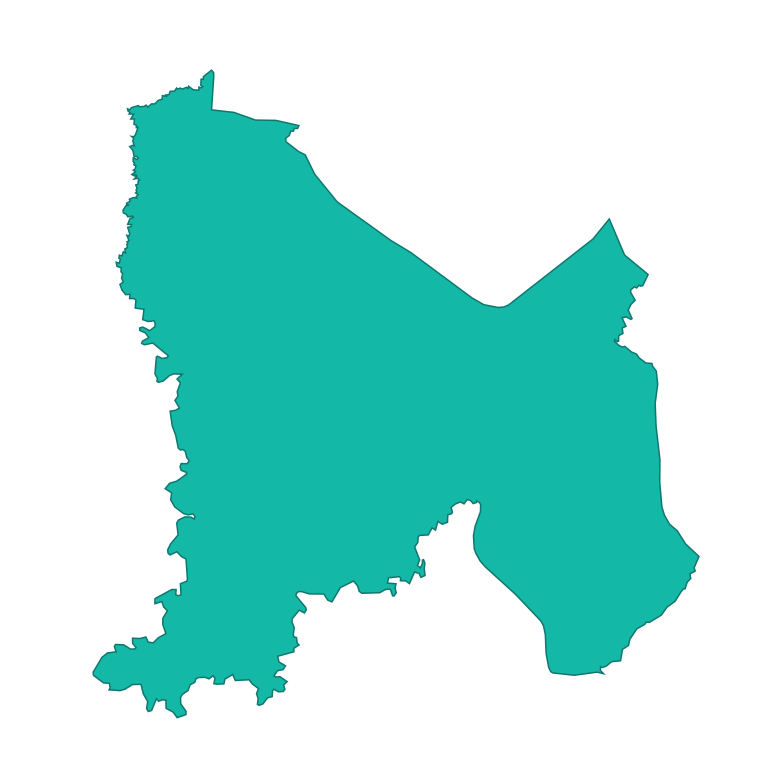 outline of Nam Kliang, Si Sa Ket, Thailand, rotated 177°
{"feature_id": "78962969B29534928610541", "entity_name": "Nam Kliang", "entity_type": "district", "adm_level": 2, "iso_a3": "THA", "parent_name": "Thailand", "parent_adm1": "Si Sa Ket", "projection": "mercator", "projection_center": [104.559, 14.911], "detail": "fine", "context": "isolated", "style": "filled", "palette": "teal", "viewbox_px": 768, "rotation_deg": 177, "n_neighbors": 0, "source": "geoboundaries", "source_scale": "gbopen_adm2", "svg_char_len": 6093}
<svg xmlns="http://www.w3.org/2000/svg" viewBox="0 0 768 768"><g transform="rotate(177 384 384)"><path d="M644.5,515.4L640.3,513.8L640.8,509.8L639.2,507.8L640.5,503.4L639.1,499.4L642.5,497.3L640.8,491.6L637.3,486.7L633.1,486.9L633.6,482.6L629.5,482.5L627.3,480.7L628.5,472.9L619.8,471.1L621.6,460.9L616.2,458.7L610.5,459.2L609.4,457.0L609.7,453.4L615.1,449.5L622.0,453.5L625.1,452.7L625.1,450.2L619.8,447.7L616.4,442.7L623.0,439.4L623.9,437.2L621.1,435.7L612.7,437.0L597.9,423.4L599.5,421.5L604.3,421.2L608.8,423.6L609.9,423.0L612.2,406.1L610.0,401.4L610.6,398.4L609.0,397.5L604.1,398.6L597.6,403.8L593.3,405.1L585.0,404.3L590.5,399.7L587.3,395.9L590.9,387.0L590.4,382.6L593.6,378.6L589.6,370.7L593.7,368.6L599.0,368.1L597.7,353.5L594.7,343.7L592.8,330.7L590.9,328.8L588.0,329.0L586.0,327.2L584.8,320.9L582.6,317.5L584.8,314.7L590.7,315.2L592.0,311.9L591.1,308.4L585.9,306.1L585.8,304.4L596.1,297.8L603.3,296.1L608.0,290.9L601.8,286.4L603.1,279.5L599.4,272.2L590.8,265.0L586.4,263.5L581.7,264.3L579.6,261.5L580.6,259.1L583.8,261.2L590.0,261.7L596.5,258.8L598.3,255.8L597.5,244.1L605.5,235.5L608.7,229.7L608.5,226.3L606.7,224.5L599.6,227.3L595.2,222.2L590.9,219.6L590.5,199.3L591.4,197.3L597.8,195.2L597.8,184.1L600.5,183.3L603.0,184.4L602.4,189.6L606.6,189.9L623.9,181.7L624.3,176.6L617.2,178.3L615.8,173.0L612.2,168.8L617.1,161.7L617.5,155.5L614.9,146.1L622.5,142.5L628.1,137.6L633.0,138.6L635.0,143.8L641.2,142.6L648.4,143.3L648.6,138.0L645.4,133.7L646.4,132.5L650.9,132.5L657.7,137.2L665.8,137.9L667.0,135.8L665.5,130.6L674.3,129.9L680.0,125.7L689.5,111.5L689.4,108.3L679.7,100.2L673.9,99.5L673.4,95.0L674.6,93.0L663.6,91.6L658.6,92.8L651.0,97.0L642.4,96.8L640.6,87.3L636.6,79.3L638.1,72.4L636.5,69.3L633.2,70.1L627.7,81.5L625.6,79.0L621.5,80.3L618.3,79.5L618.6,71.5L611.7,67.3L608.0,61.6L599.1,64.2L598.8,67.5L603.7,75.3L603.6,81.6L601.6,84.5L595.7,88.2L593.3,93.8L588.7,95.9L587.1,99.5L584.4,100.6L578.0,100.4L574.2,98.7L570.0,101.6L568.2,98.9L569.6,93.6L566.6,93.0L559.6,92.9L558.3,97.6L550.3,101.8L548.0,95.7L534.2,95.7L531.1,91.2L525.3,86.4L527.5,81.4L526.1,76.4L527.2,70.8L525.7,69.6L521.6,70.9L516.8,76.6L512.0,77.7L511.4,83.4L510.0,85.0L505.5,82.1L500.8,82.2L498.9,84.2L500.0,88.5L496.3,91.9L503.3,97.2L507.1,97.0L509.2,98.3L505.2,103.3L499.8,104.0L497.1,107.7L503.5,112.0L504.4,117.7L488.0,121.3L487.8,124.8L482.5,127.8L484.2,129.9L484.7,135.4L487.1,136.1L487.7,138.3L486.4,145.1L488.3,150.9L488.0,154.3L480.5,162.6L475.5,159.5L473.5,162.3L473.8,164.7L483.1,177.3L482.3,179.6L480.3,181.1L477.2,181.0L469.5,178.3L455.0,177.4L451.6,171.2L447.4,169.1L438.2,183.0L424.7,188.8L420.9,183.7L419.6,178.2L417.1,176.2L399.2,175.8L393.6,178.6L389.5,179.1L388.1,177.9L386.5,172.0L385.2,171.8L382.7,174.7L383.6,179.5L382.5,183.9L390.9,185.0L389.6,190.2L378.7,190.8L377.5,189.2L377.9,186.6L372.6,186.3L369.1,183.3L363.3,194.6L358.9,193.0L357.3,188.9L353.0,190.6L353.5,197.7L352.5,202.6L353.7,206.5L354.8,206.2L355.2,202.3L357.4,198.4L360.1,201.1L357.6,206.4L361.9,219.6L358.5,224.1L357.9,229.7L356.2,230.9L347.7,231.0L343.6,237.7L340.2,235.4L337.4,243.9L333.1,240.9L327.8,242.6L327.2,249.9L323.2,251.0L322.3,252.4L323.5,257.2L319.1,260.4L313.8,262.2L310.4,260.1L306.9,264.3L303.6,263.0L301.2,259.9L298.1,260.8L297.9,262.5L294.7,260.5L293.8,258.3L294.4,251.3L300.4,237.3L302.6,227.9L302.5,214.7L300.9,209.6L297.0,201.8L292.3,196.0L263.7,167.1L239.8,139.2L237.4,134.3L236.0,125.2L236.2,106.5L234.4,92.4L232.6,88.1L230.5,86.6L209.2,83.2L186.2,85.1L179.9,83.2L182.9,86.7L182.6,90.3L180.9,89.4L176.9,90.6L171.2,94.8L162.3,95.2L159.7,106.6L153.5,110.1L151.8,116.3L144.4,126.2L136.0,130.4L134.6,132.4L131.4,132.1L119.0,138.8L113.0,146.4L104.6,151.8L98.3,160.9L95.6,163.8L94.1,163.7L91.6,170.2L87.9,173.7L88.4,178.3L83.0,180.9L83.9,184.2L78.5,195.3L91.2,208.5L98.8,222.0L106.3,229.2L110.7,238.0L112.9,246.4L113.8,271.4L112.4,294.0L114.5,327.5L114.2,350.5L110.7,369.4L111.4,382.6L115.0,388.0L115.3,390.5L121.3,391.2L127.7,396.6L130.3,400.7L135.2,403.0L141.6,409.0L144.0,408.4L147.4,410.2L151.7,414.6L151.0,416.4L149.0,414.2L147.5,414.5L147.1,420.0L142.7,422.0L143.2,427.5L139.3,428.9L142.8,437.7L138.4,438.3L134.1,435.6L132.9,436.3L136.2,445.1L133.4,450.3L128.8,454.5L132.9,462.6L132.7,464.9L128.9,468.0L126.7,466.7L124.1,469.3L122.4,468.2L120.4,468.7L114.5,479.5L137.0,500.2L150.4,537.0L167.8,517.8L255.3,456.5L260.4,454.6L266.3,454.5L280.2,458.0L291.4,465.2L350.2,513.8L369.8,527.1L421.2,568.3L442.2,597.1L450.8,617.1L457.1,620.6L469.2,631.1L469.3,634.7L465.6,637.1L463.8,641.4L461.1,641.3L460.3,643.9L456.9,643.7L455.5,646.5L478.1,652.9L498.5,654.3L519.7,663.1L541.9,666.8L537.9,700.0L537.9,704.0L539.8,706.4L548.2,700.5L548.6,697.8L550.7,698.0L551.3,691.9L549.5,690.4L551.0,689.3L553.2,690.2L553.6,687.0L559.2,687.9L563.6,691.6L564.1,689.4L565.8,690.6L569.8,689.1L572.1,690.2L574.8,689.3L575.6,690.4L578.0,687.4L582.2,687.5L583.6,684.2L586.9,684.0L586.3,682.7L590.2,683.6L590.7,680.0L594.7,679.0L598.2,675.7L601.5,675.9L605.4,672.9L607.0,675.0L609.1,673.7L613.8,673.7L614.7,674.9L621.8,673.2L623.5,671.1L625.7,672.2L625.3,669.9L623.2,668.2L624.4,667.0L619.9,666.5L623.1,661.9L619.4,661.7L620.1,656.4L617.7,655.4L618.0,653.0L616.2,653.1L619.2,645.8L620.9,644.0L623.1,644.4L621.0,642.4L622.2,640.1L620.8,634.7L622.7,635.5L625.5,634.4L622.5,630.4L621.6,623.9L619.2,624.3L617.6,622.6L619.0,621.2L622.6,622.8L622.9,619.4L621.6,617.5L622.4,616.1L620.3,614.8L621.3,611.7L623.2,610.7L621.1,608.9L624.9,606.4L621.8,604.6L621.5,606.1L620.4,605.8L619.9,604.3L622.7,601.8L619.0,602.2L617.6,600.5L618.9,599.7L619.2,596.4L621.5,595.8L620.3,592.2L621.5,590.7L620.7,588.6L622.1,587.8L619.6,585.9L621.7,584.1L621.3,582.6L624.5,583.3L628.6,581.9L628.1,579.6L631.7,578.0L631.6,576.6L629.2,575.9L632.4,575.5L635.5,571.3L635.4,568.5L632.5,567.0L631.1,564.4L626.5,564.9L625.6,563.4L628.9,562.7L631.6,556.8L627.7,556.4L628.4,554.4L631.8,553.9L630.1,547.4L631.0,545.0L633.0,545.9L631.1,540.5L633.2,539.4L632.4,538.2L633.5,536.8L633.1,533.6L635.8,532.4L635.3,528.5L637.4,529.7L639.0,525.6L641.6,526.5L642.1,523.3L640.7,522.5L642.0,518.6L645.1,519.6L644.5,515.4Z" fill="#14b8a6" stroke="#0f766e" stroke-width="1.5"/></g></svg>